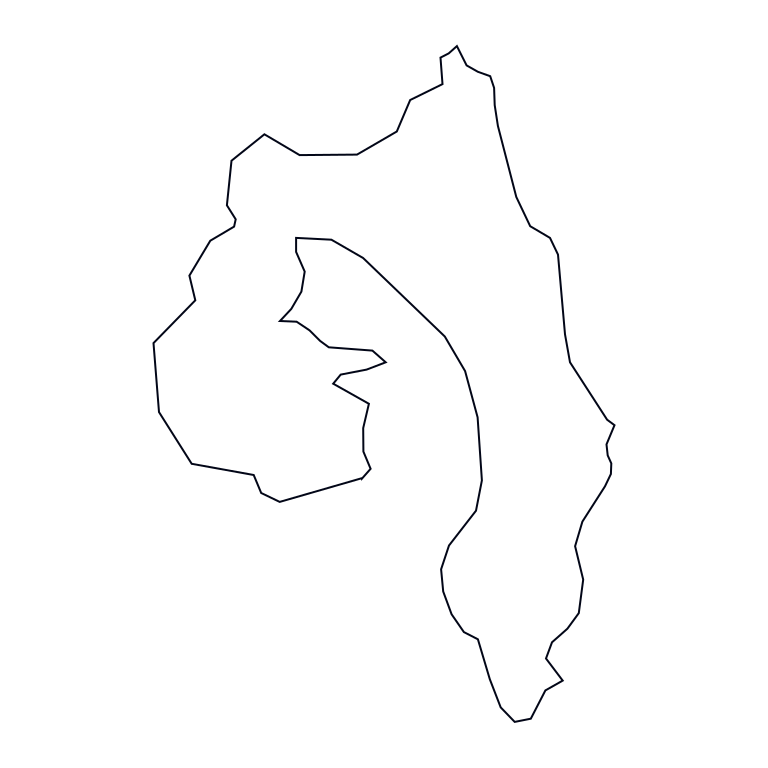 Ards, Mercator projection
{"feature_id": "GBR-2137", "entity_name": "Ards", "entity_type": "District", "adm_level": 1, "iso_a3": "GBR", "parent_name": "United Kingdom", "parent_adm1": "", "projection": "mercator", "projection_center": [-5.598, 54.505], "detail": "fine", "context": "isolated", "style": "outline", "palette": "ink", "viewbox_px": 768, "rotation_deg": 0, "n_neighbors": 0, "source": "natural_earth", "source_scale": "10m", "svg_char_len": 1186}
<svg xmlns="http://www.w3.org/2000/svg" viewBox="0 0 768 768"><path d="M456.9,46.1L466.6,65.4L477.9,71.8L490.2,76.2L494.1,87.9L494.7,105.1L497.9,125.9L516.3,197.0L530.2,226.2L550.0,237.9L558.0,254.6L565.0,334.3L570.0,362.3L607.1,419.7L614.5,425.2L606.5,444.4L607.7,455.4L611.3,463.4L610.9,474.0L605.0,486.3L582.4,521.6L575.1,546.2L583.2,579.6L578.8,613.1L567.4,628.7L552.0,642.3L546.0,658.5L562.7,680.6L545.4,690.4L530.8,718.7L514.7,721.9L500.7,707.4L489.8,679.2L477.9,639.3L463.9,632.1L451.6,614.3L443.2,591.5L441.1,569.3L449.0,545.5L476.0,510.7L481.9,480.4L477.6,417.3L465.1,371.1L444.8,336.5L363.1,258.0L331.4,239.7L296.1,237.9L296.1,251.9L304.7,271.6L301.4,291.6L291.3,308.9L280.0,321.0L296.6,321.7L309.6,330.4L320.1,340.9L328.8,347.3L372.4,350.6L385.7,362.3L366.6,369.6L340.7,374.6L333.2,383.7L368.9,403.8L363.2,428.1L363.4,451.6L370.6,468.8L361.9,478.7L361.8,478.2L279.7,501.9L261.2,493.0L253.7,475.0L191.7,463.8L159.0,412.1L153.5,343.1L195.3,300.3L189.4,275.6L210.3,240.7L234.1,226.6L235.7,219.3L226.9,205.3L231.5,160.7L264.4,134.3L299.6,155.1L357.0,154.6L396.8,131.5L410.2,100.0L442.5,84.1L440.5,57.6L448.7,53.4L456.9,46.1Z" fill="none" stroke="#020617" stroke-width="2"/></svg>